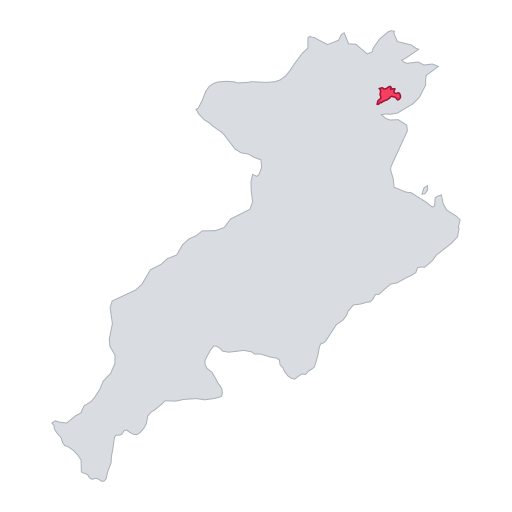 Anak, Hwanghae-namdo, North Korea (highlighted), rotated 180°
{"feature_id": "82179303B532613620970", "entity_name": "Anak", "entity_type": "district", "adm_level": 2, "iso_a3": "PRK", "parent_name": "North Korea", "parent_adm1": "Hwanghae-namdo", "projection": "equal_earth", "projection_center": [125.436, 38.463], "detail": "fine", "context": "in_parent", "style": "filled", "palette": "rose", "viewbox_px": 512, "rotation_deg": 180, "n_neighbors": 0, "source": "geoboundaries", "source_scale": "gbopen_adm2", "svg_char_len": 4183}
<svg xmlns="http://www.w3.org/2000/svg" viewBox="0 0 512 512"><g transform="rotate(180 256 256)"><path d="M316.0,402.7L313.7,404.0L309.9,411.3L306.3,420.6L302.8,425.6L298.7,428.4L294.3,430.0L285.5,430.7L277.5,430.1L274.9,429.1L264.0,429.6L260.9,430.3L245.2,429.6L237.0,430.3L231.8,432.1L226.5,435.9L222.0,441.5L218.0,447.6L209.8,458.6L204.1,464.0L204.1,471.8L204.0,474.2L202.0,475.8L201.3,475.1L197.9,474.5L184.5,467.4L173.5,471.7L170.7,477.4L167.8,479.2L163.4,468.1L156.2,467.8L144.8,458.1L139.9,460.1L138.7,464.0L132.5,472.9L123.7,480.3L120.9,481.3L117.7,480.8L118.1,478.7L114.6,470.4L100.8,467.1L95.8,463.5L93.3,462.8L106.8,453.5L110.4,451.9L107.7,449.7L104.8,448.7L93.8,450.0L88.0,447.0L79.6,448.0L73.7,445.6L85.9,436.5L86.4,431.2L86.3,427.1L92.4,415.1L98.6,408.5L114.5,399.0L121.5,397.7L126.5,398.1L130.6,397.2L126.3,393.6L122.1,392.0L113.8,392.3L105.3,386.9L104.6,381.2L121.1,345.2L121.4,342.0L118.8,333.3L117.9,324.7L106.1,319.9L100.9,319.3L85.7,309.7L79.7,304.9L77.3,306.3L76.9,314.0L74.7,315.7L70.7,317.1L68.8,308.4L65.5,302.1L55.5,295.7L51.9,292.1L53.7,284.5L52.9,283.8L54.5,275.2L60.7,268.6L75.8,256.8L79.7,251.3L87.3,244.8L90.8,245.0L94.3,244.4L95.4,241.6L96.2,239.4L99.3,237.4L106.6,233.8L115.0,229.1L121.6,227.8L129.8,220.7L133.1,217.6L136.4,217.6L137.3,216.2L139.2,212.6L141.8,210.2L145.4,209.7L151.3,208.0L158.7,207.0L163.7,201.1L165.4,196.8L168.7,192.2L175.8,187.2L180.6,179.7L185.9,171.6L188.5,169.0L191.0,168.5L192.5,165.5L194.1,156.9L196.5,148.5L198.0,144.6L204.2,140.3L205.7,138.2L207.1,137.5L210.0,138.1L213.8,135.6L217.4,132.8L220.7,133.7L224.1,136.1L227.6,140.7L229.2,144.4L232.0,147.4L232.6,151.9L235.4,153.9L241.3,154.8L251.0,157.9L257.2,158.0L260.8,160.3L268.3,161.6L283.2,159.8L289.3,160.8L291.9,163.6L295.7,165.9L298.1,166.0L301.4,162.2L304.8,155.9L307.1,151.2L306.9,147.4L304.8,143.4L299.9,139.6L296.6,133.8L293.4,127.8L291.6,125.8L290.1,122.9L289.7,118.4L290.8,115.4L298.1,113.4L307.6,112.2L315.3,113.4L328.1,112.6L336.0,110.9L341.8,111.1L347.2,111.1L349.5,108.5L356.9,102.4L360.5,100.2L364.4,96.0L365.0,91.6L365.7,88.1L367.8,84.3L371.7,79.6L375.0,77.4L378.7,77.7L382.7,79.9L385.2,82.0L388.0,81.4L390.3,77.7L391.8,77.0L396.3,76.7L397.6,74.4L399.1,63.7L400.6,55.2L400.9,49.2L404.6,39.4L405.7,33.5L408.1,30.7L410.8,30.9L413.1,32.7L416.1,33.7L419.9,32.7L422.6,34.2L424.4,37.4L430.1,39.6L430.7,41.2L430.9,51.9L434.1,56.9L438.4,61.4L444.2,65.5L447.3,66.4L449.3,69.4L451.1,74.5L455.4,79.4L457.6,83.0L458.1,86.8L460.1,88.9L456.9,91.2L452.5,89.8L445.3,89.0L436.3,96.3L431.3,98.9L427.9,106.2L420.8,110.5L417.0,115.1L412.1,123.0L408.9,130.7L401.4,138.6L397.1,148.5L397.0,157.0L402.1,165.7L402.7,173.1L399.6,188.4L401.9,204.6L399.8,211.0L376.2,222.1L370.1,227.7L361.6,242.2L351.0,247.6L344.4,253.5L335.3,257.0L329.5,267.2L323.1,273.0L315.5,276.5L309.8,281.1L296.9,281.3L287.8,284.5L281.4,293.0L262.0,302.8L259.4,310.2L260.8,321.6L261.0,330.4L259.4,337.6L255.1,335.6L252.8,337.9L250.3,344.6L251.1,352.2L257.9,354.6L263.4,357.8L271.1,359.3L276.9,362.9L289.2,378.9L299.3,386.0L301.9,388.6L307.6,392.1L313.0,397.7L316.0,402.7ZM88.2,323.9L84.5,326.4L84.3,322.0L87.1,318.3L90.1,317.8L88.2,323.9Z" fill="#d9dde1" stroke="#a8b0b8" stroke-width="1"/><path d="M114.1,412.0L113.2,412.5L112.3,413.4L111.7,414.1L111.5,414.8L111.5,415.5L111.7,416.7L112.1,417.9L112.3,418.1L112.7,418.8L113.1,419.0L113.8,419.3L114.6,418.8L115.7,418.6L117.0,418.8L117.9,419.5L118.1,420.7L117.6,421.6L117.2,422.5L117.2,423.2L117.6,423.2L118.3,423.3L119.1,423.3L119.8,423.0L120.8,422.8L121.3,422.8L121.3,423.7L120.8,424.7L121.9,425.6L122.7,425.4L123.4,425.1L124.0,424.7L124.7,424.2L126.0,423.3L127.9,423.0L128.8,423.7L129.4,424.2L130.3,424.2L131.5,423.8L132.7,423.5L132.2,422.8L131.6,421.7L131.4,420.7L131.6,419.6L132.0,417.7L131.8,416.8L131.4,416.1L131.2,414.9L131.4,413.5L132.3,412.8L133.1,412.1L134.0,411.2L134.4,410.2L134.7,408.8L134.8,407.7L133.6,407.7L132.7,408.4L132.1,409.1L131.2,409.8L130.6,409.3L129.1,410.4L128.2,410.9L126.5,411.6L125.2,412.1L124.6,412.3L123.5,413.2L122.4,413.9L122.0,414.6L121.5,415.1L120.5,415.6L119.8,415.6L118.8,415.1L117.7,415.1L116.6,414.6L115.8,413.9L115.6,413.4L115.3,413.0L114.7,412.5L114.1,412.0Z" fill="#f43f5e" stroke="#9f1239" stroke-width="1.5"/></g></svg>